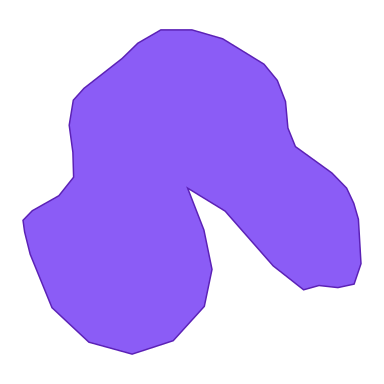 outline of Eckerö
{"feature_id": "ALD-4812", "entity_name": "Eckerö", "entity_type": "state/province", "adm_level": 1, "iso_a3": "ALA", "parent_name": "Aland", "parent_adm1": "", "projection": "equal_earth", "projection_center": [19.596, 60.195], "detail": "fine", "context": "isolated", "style": "filled", "palette": "violet", "viewbox_px": 384, "rotation_deg": 0, "n_neighbors": 0, "source": "natural_earth", "source_scale": "10m", "svg_char_len": 592}
<svg xmlns="http://www.w3.org/2000/svg" viewBox="0 0 384 384"><path d="M287.9,128.0L295.4,146.6L331.9,173.0L346.6,188.1L353.8,203.4L358.4,219.2L361.0,263.7L354.1,284.1L337.9,287.6L319.0,285.5L303.6,289.8L273.2,265.9L225.1,211.1L187.6,188.1L203.9,230.0L212.0,269.4L204.3,306.4L173.2,340.7L132.1,354.1L88.9,342.2L52.0,307.7L30.2,254.3L24.6,231.9L23.0,220.3L32.3,210.7L58.9,195.7L73.6,177.2L72.9,152.4L69.2,125.2L73.3,100.2L84.0,88.3L122.1,58.5L137.8,43.2L160.8,29.9L192.0,29.9L222.7,38.8L264.0,64.2L277.3,80.4L285.5,101.5L287.9,128.0Z" fill="#8b5cf6" stroke="#5b21b6" stroke-width="1.5"/></svg>